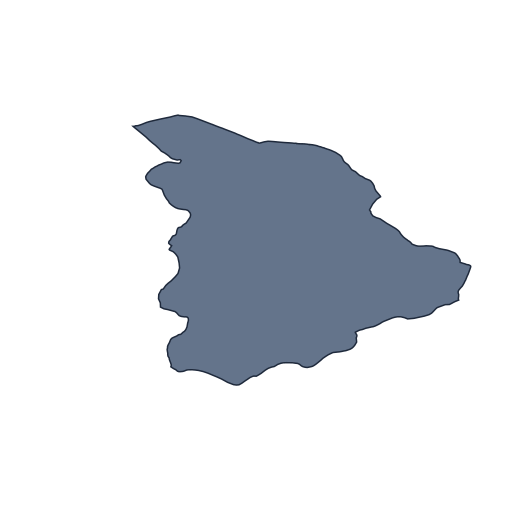 Pakpak Bharat, Sumatera Utara, Indonesia, rotated 133°
{"feature_id": "22746128B12751431115951", "entity_name": "Pakpak Bharat", "entity_type": "district", "adm_level": 2, "iso_a3": "IDN", "parent_name": "Indonesia", "parent_adm1": "Sumatera Utara", "projection": "mercator", "projection_center": [98.235, 2.53], "detail": "fine", "context": "isolated", "style": "filled", "palette": "slate", "viewbox_px": 512, "rotation_deg": 133, "n_neighbors": 0, "source": "geoboundaries", "source_scale": "gbopen_adm2", "svg_char_len": 6038}
<svg xmlns="http://www.w3.org/2000/svg" viewBox="0 0 512 512"><g transform="rotate(133 256 256)"><path d="M205.6,408.0L206.1,409.1L209.1,411.2L212.7,413.4L221.3,419.5L229.7,425.2L232.9,427.1L238.0,429.5L241.1,431.2L243.1,433.0L243.3,433.1L244.1,433.3L245.0,434.3L245.0,433.9L244.9,432.0L244.3,422.6L244.0,417.5L244.1,412.7L243.9,408.4L243.6,405.0L243.6,400.2L243.9,396.8L242.9,392.9L242.8,392.0L242.5,390.1L242.3,387.8L242.4,385.7L241.9,383.5L240.6,381.0L239.6,379.1L238.3,378.1L237.2,377.1L237.3,375.7L239.6,375.1L241.0,375.8L242.1,377.3L243.9,379.8L245.3,382.0L247.6,384.7L249.5,386.0L250.7,386.8L252.1,387.4L253.4,387.9L255.9,389.2L257.4,389.6L258.4,390.0L259.5,390.5L262.1,391.1L263.9,391.7L266.4,391.6L269.3,391.7L270.4,391.5L272.3,391.1L273.3,390.7L274.8,388.8L275.5,383.7L275.5,381.9L275.3,380.9L274.3,378.1L272.6,374.1L271.9,372.6L271.6,371.5L271.3,370.7L271.4,369.9L271.8,369.0L273.1,366.4L274.0,364.6L274.7,362.2L275.2,360.5L275.5,357.9L276.0,356.3L276.3,355.7L276.3,352.8L276.0,350.3L275.5,347.8L275.0,346.6L274.6,345.5L273.6,343.9L271.5,340.8L270.0,338.9L269.2,337.1L269.1,336.2L269.4,333.7L270.1,332.3L271.0,331.5L272.6,330.6L275.3,330.2L278.6,329.7L279.9,329.6L281.3,330.1L282.7,330.4L284.1,330.6L284.9,330.3L286.3,330.8L287.7,331.8L288.2,332.1L289.4,332.0L291.1,331.3L294.1,329.4L295.1,329.2L296.3,329.4L297.6,330.2L298.4,330.5L301.5,329.9L302.5,329.6L304.7,329.6L306.1,328.7L306.3,328.2L306.2,326.0L306.0,324.7L308.2,324.3L309.4,324.3L310.4,324.0L310.6,323.3L309.3,319.4L309.3,317.2L309.4,315.8L309.7,314.3L310.0,312.8L310.2,312.3L313.6,307.4L316.9,303.7L322.0,301.1L326.2,300.9L332.2,301.1L335.9,301.7L339.1,301.9L343.4,301.3L345.1,302.3L350.4,300.9L353.8,298.1L355.5,294.0L358.5,291.0L357.4,287.3L355.3,283.9L353.8,281.0L352.6,278.7L351.8,277.2L351.7,275.0L351.9,273.2L352.0,271.5L351.2,269.5L349.6,267.2L349.2,266.7L348.1,265.6L347.6,264.4L347.7,263.1L347.9,262.9L348.3,262.4L349.1,261.6L351.0,260.5L351.4,260.4L354.0,258.7L354.7,258.2L357.1,257.3L358.7,257.0L360.1,257.0L361.7,257.4L364.0,257.5L365.1,257.9L365.7,258.5L366.6,259.0L368.5,259.4L372.2,261.0L373.8,261.5L375.4,261.4L378.6,260.2L380.7,259.7L382.3,259.1L383.9,257.8L384.4,257.6L385.1,257.1L386.3,255.6L387.3,254.2L388.3,253.3L389.3,252.0L389.8,250.0L390.7,248.9L391.2,248.0L391.6,247.2L392.3,245.7L393.1,244.3L393.2,244.0L394.2,243.1L395.1,242.7L394.7,240.2L394.3,238.4L393.9,237.4L393.8,234.9L393.1,233.4L391.8,232.1L390.3,230.8L389.0,230.0L386.8,229.0L385.4,227.9L382.8,225.2L380.9,222.8L378.9,220.0L376.5,215.8L374.4,211.1L372.5,205.9L371.0,201.9L369.4,197.1L367.8,190.7L365.4,184.7L363.7,182.3L361.8,180.6L358.7,179.6L355.6,179.0L353.4,178.5L351.4,178.0L349.0,177.5L346.8,176.6L345.5,175.9L344.5,174.8L343.7,173.8L341.2,173.0L338.3,172.2L335.8,171.8L332.9,171.3L329.7,170.4L328.3,169.7L326.7,168.9L324.4,167.3L322.1,166.6L320.5,166.2L317.4,164.6L315.5,163.2L313.4,161.1L309.3,156.6L307.6,154.2L306.2,152.3L305.8,151.2L305.5,150.0L305.4,147.8L304.9,146.1L303.8,144.1L302.6,142.5L299.5,140.3L298.0,139.4L296.4,138.9L294.3,138.4L292.3,138.1L287.9,137.5L285.1,137.3L281.6,136.5L278.9,135.8L274.8,134.2L274.0,133.8L271.1,131.3L269.3,129.7L267.2,128.1L265.7,127.1L263.9,125.7L260.0,123.6L258.1,123.0L256.1,122.8L254.0,122.9L250.3,123.7L247.5,126.9L246.3,127.3L245.1,128.2L244.5,130.2L244.3,131.1L244.0,131.4L243.0,131.0L241.9,130.6L240.1,129.9L238.8,129.2L237.3,128.1L233.9,126.4L231.6,124.8L229.2,123.2L227.8,122.1L225.9,121.1L223.1,120.0L220.8,119.2L218.3,118.6L216.5,117.9L214.2,116.8L208.2,114.0L206.1,112.7L204.1,111.2L203.4,110.5L202.1,109.1L201.6,108.5L199.7,105.1L198.6,102.2L193.9,98.0L190.3,95.5L185.3,92.0L180.8,89.4L178.1,88.6L175.9,88.5L172.0,88.5L170.6,88.4L169.3,87.9L167.0,86.7L162.6,84.5L161.2,83.1L159.6,81.5L156.9,80.5L155.6,80.1L153.2,79.2L152.4,78.8L150.0,77.7L149.8,78.2L149.0,79.1L147.9,79.9L147.3,80.3L146.5,81.0L145.9,81.5L145.5,82.3L145.0,83.1L144.1,83.9L143.0,84.4L141.9,84.5L140.0,84.6L138.6,84.6L137.3,84.6L135.1,85.1L133.4,85.5L132.2,86.0L131.2,86.1L129.1,86.9L126.8,87.8L124.5,88.5L120.5,90.2L118.2,91.2L117.3,91.7L116.9,92.4L117.1,93.5L117.4,94.4L118.3,95.7L118.9,96.8L119.2,97.8L120.1,99.5L120.9,101.2L121.5,102.3L120.1,103.7L119.7,104.3L119.2,105.7L118.9,107.2L118.5,108.4L118.2,110.5L118.1,111.5L118.1,111.9L118.3,112.8L118.6,113.7L119.7,116.4L120.7,118.9L121.6,120.6L124.6,125.3L125.8,127.2L126.6,128.9L127.1,129.8L127.3,130.2L127.9,131.8L128.1,132.8L128.9,134.2L131.3,137.1L132.5,138.5L134.6,140.4L136.6,142.4L137.8,143.7L138.6,144.8L139.7,146.8L139.7,147.1L140.5,148.8L140.8,149.8L140.9,150.1L140.6,152.2L140.7,153.8L141.1,155.5L141.1,156.7L141.4,158.4L141.6,161.0L141.5,162.4L141.3,164.4L141.0,165.9L140.5,167.5L140.4,169.1L140.5,170.7L140.7,172.7L141.4,175.9L142.1,179.1L142.6,181.2L143.0,182.9L143.1,183.8L144.2,190.6L146.0,194.4L147.0,197.9L146.7,199.5L146.3,201.2L145.4,202.1L144.9,204.4L138.5,206.1L132.2,206.4L127.7,205.3L127.4,206.0L126.6,212.7L125.6,215.4L124.2,217.4L123.3,220.1L122.9,222.9L123.1,224.6L124.9,229.0L125.1,230.4L125.4,232.3L126.4,235.0L126.5,236.6L126.5,239.0L126.5,240.7L127.6,244.5L127.5,246.0L126.6,249.9L126.5,251.3L126.9,254.3L126.9,255.9L126.5,257.5L125.9,258.8L125.0,261.4L125.1,263.6L125.5,265.7L125.8,267.4L126.0,268.5L126.3,269.3L126.5,269.9L127.5,272.9L128.2,274.7L129.4,277.2L130.5,279.7L130.2,279.4L131.4,281.5L131.5,281.7L132.0,283.1L132.6,284.0L133.4,285.7L133.4,285.8L133.7,286.5L134.3,287.6L136.1,290.5L138.0,293.0L138.1,292.9L139.3,294.8L141.2,297.3L144.5,301.0L146.0,302.9L145.9,303.0L146.4,303.8L147.6,305.0L147.8,305.3L148.8,306.7L150.5,308.8L153.8,312.8L156.5,316.2L158.6,318.9L160.2,321.0L162.2,323.5L163.9,325.5L167.0,327.9L170.1,329.8L171.3,330.6L171.8,331.8L171.7,331.9L172.2,332.7L172.9,334.5L173.7,336.8L175.8,342.0L177.0,345.5L178.2,348.9L179.3,351.8L179.5,352.1L180.5,355.2L182.2,359.4L184.4,364.8L185.5,367.7L186.8,370.6L188.3,374.3L189.4,377.2L189.6,377.8L189.8,378.1L193.0,386.0L195.7,392.6L197.1,395.8L197.5,396.5L197.5,396.8L198.1,397.9L198.9,399.0L200.2,400.9L201.1,402.1L201.5,402.8L205.6,408.0Z" fill="#64748b" stroke="#1e293b" stroke-width="1.5"/></g></svg>